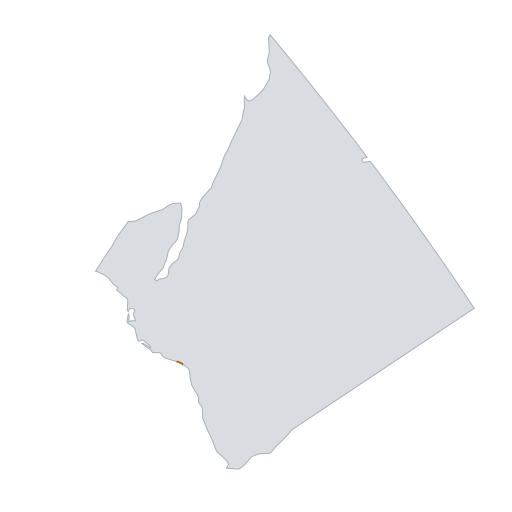 North Coast, Matruh, Egypt (highlighted), rotated 234°
{"feature_id": "37247803B38142631960117", "entity_name": "North Coast", "entity_type": "district", "adm_level": 2, "iso_a3": "EGY", "parent_name": "Egypt", "parent_adm1": "Matruh", "projection": "albers", "projection_center": [29.511, 30.938], "detail": "fine", "context": "in_parent", "style": "filled", "palette": "amber", "viewbox_px": 512, "rotation_deg": 234, "n_neighbors": 0, "source": "geoboundaries", "source_scale": "gbopen_adm2", "svg_char_len": 3456}
<svg xmlns="http://www.w3.org/2000/svg" viewBox="0 0 512 512"><g transform="rotate(234 256 256)"><path d="M426.6,397.4L417.2,398.1L407.8,398.6L398.4,399.2L389.0,399.7L379.6,400.2L370.2,400.7L360.8,401.1L351.3,401.5L341.9,401.9L332.5,402.3L323.1,402.6L313.7,402.9L304.3,403.2L294.9,403.5L285.5,403.7L276.0,403.9L270.7,404.0L271.5,401.3L272.1,399.3L271.4,398.0L269.6,397.7L268.4,398.2L265.7,403.9L264.2,404.1L260.8,404.2L249.9,404.3L238.9,404.4L228.0,404.4L217.0,404.5L206.0,404.5L195.0,404.4L184.1,404.3L173.1,404.2L162.1,404.0L151.2,403.8L140.2,403.6L129.3,403.3L118.3,403.0L107.3,402.6L96.4,402.2L85.4,401.8L85.7,395.0L86.0,388.2L86.2,381.4L86.5,374.6L86.8,367.8L87.1,361.0L87.3,354.2L87.6,347.3L87.9,340.5L88.2,333.7L88.5,326.9L88.7,320.0L89.0,313.2L89.3,306.4L89.6,299.5L89.8,292.7L90.1,285.9L90.4,279.0L90.7,272.2L91.0,265.3L91.2,258.5L91.5,251.6L91.8,244.8L92.1,237.9L92.4,231.0L92.6,224.2L92.9,217.3L93.2,210.5L93.5,203.6L93.8,196.7L94.0,189.9L94.3,183.0L94.1,181.7L92.8,177.0L91.7,171.0L90.6,163.6L90.5,161.3L88.4,153.7L88.3,151.5L88.9,150.0L93.2,143.9L94.5,140.8L95.7,137.2L96.1,134.2L95.1,129.6L94.0,125.4L93.7,121.2L93.7,117.0L95.8,114.3L98.3,111.7L99.3,110.1L100.8,108.3L101.8,107.5L103.6,111.3L107.7,112.1L121.1,109.3L135.7,113.0L143.8,114.5L156.3,117.6L163.8,122.8L165.9,123.5L171.4,123.5L175.0,126.5L189.3,128.1L197.0,131.5L201.3,134.2L203.9,135.0L206.2,134.9L209.3,133.9L213.3,132.0L217.6,129.5L226.4,122.8L229.5,121.6L231.6,121.9L234.1,121.8L235.1,120.0L236.4,118.8L237.2,117.4L238.5,115.7L243.1,115.2L252.3,112.2L251.3,113.6L242.9,116.9L246.5,117.3L250.2,116.1L254.4,115.4L255.1,114.0L255.6,111.4L256.4,111.0L259.3,111.5L268.0,115.3L270.2,115.3L276.2,113.1L277.5,112.6L279.5,113.7L284.1,118.6L282.5,118.5L277.6,114.4L277.2,116.5L274.6,120.2L278.0,121.8L280.8,122.3L282.4,124.4L283.4,126.2L286.1,125.3L288.0,122.8L286.9,121.4L286.2,120.0L287.1,119.9L289.0,121.0L294.7,125.6L296.5,126.6L298.7,126.4L303.1,124.9L304.3,125.1L310.2,123.1L311.0,124.4L312.0,125.6L316.8,124.0L324.3,123.8L330.4,122.0L337.5,117.9L338.0,117.4L338.4,118.3L339.4,120.8L341.8,127.2L344.0,132.3L346.6,139.2L347.5,141.9L347.9,143.8L351.6,151.4L354.0,157.7L355.7,162.9L358.1,170.3L359.2,172.9L357.8,174.4L355.0,179.5L352.5,195.3L348.5,207.7L348.3,215.4L347.7,218.2L345.7,222.2L343.2,226.1L338.4,224.4L330.4,218.0L325.7,211.8L320.7,207.9L316.0,202.6L314.6,198.7L314.6,196.2L312.4,190.1L310.9,187.3L305.2,180.9L303.5,177.5L302.3,176.0L301.0,173.8L298.8,165.4L296.5,160.1L294.0,161.7L294.5,163.9L292.5,167.1L291.3,170.8L292.3,173.7L296.9,178.1L297.9,180.0L299.1,184.3L299.1,190.1L299.8,192.0L303.3,196.3L304.6,198.8L305.4,201.0L306.6,202.9L310.1,206.6L315.1,213.6L319.9,218.3L323.3,220.5L324.8,222.8L325.3,228.8L325.2,231.6L328.3,236.9L329.5,239.6L332.4,241.7L333.8,244.2L335.2,248.3L337.5,260.5L340.1,263.4L348.4,279.1L355.4,289.0L358.9,296.4L364.2,305.4L374.7,325.1L380.7,331.1L383.2,334.4L387.4,336.9L392.1,340.6L387.8,340.4L386.8,340.7L385.3,341.5L384.7,343.9L384.5,345.8L385.6,356.0L387.0,361.1L391.4,370.8L394.4,373.6L395.8,375.4L397.8,376.7L407.1,379.5L412.8,386.3L425.2,394.5L426.5,396.9L426.6,397.4Z" fill="#d9dde1" stroke="#a8b0b8" stroke-width="1"/><path d="M216.7,130.3L216.6,130.5L216.4,130.6L216.2,130.7L216.1,130.8L215.9,130.9L215.7,131.0L215.4,131.2L215.1,131.4L214.1,132.0L213.2,132.5L212.1,132.9L212.0,133.0L211.9,133.0L212.0,133.1L213.2,132.6L214.9,131.6L216.4,130.7L216.8,130.4L216.7,130.3Z" fill="#f59e0b" stroke="#b45309" stroke-width="1.5"/></g></svg>